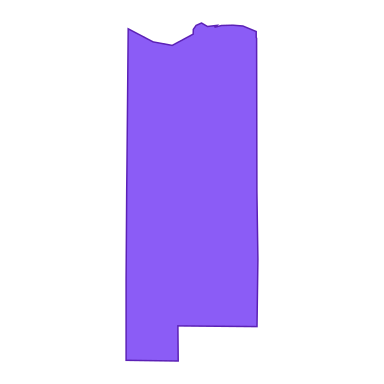 the district of Gasconade, Missouri, United States of America
{"feature_id": "52423323B71639417282094", "entity_name": "Gasconade", "entity_type": "district", "adm_level": 2, "iso_a3": "USA", "parent_name": "United States of America", "parent_adm1": "Missouri", "projection": "mercator", "projection_center": [-91.491, 38.433], "detail": "fine", "context": "isolated", "style": "filled", "palette": "violet", "viewbox_px": 384, "rotation_deg": 0, "n_neighbors": 0, "source": "geoboundaries", "source_scale": "gbopen_adm2", "svg_char_len": 440}
<svg xmlns="http://www.w3.org/2000/svg" viewBox="0 0 384 384"><path d="M257.0,326.6L257.9,259.1L256.9,191.3L256.6,38.3L256.2,37.4L256.2,31.5L242.9,26.0L232.9,25.2L221.5,25.5L214.5,27.3L216.8,25.4L207.5,26.5L201.5,23.0L196.1,25.4L193.3,29.4L193.2,34.1L172.2,45.4L153.1,41.9L128.2,28.8L126.9,172.8L126.7,189.5L126.1,279.3L126.1,360.3L132.8,360.4L178.2,361.0L177.9,325.9L257.0,326.6Z" fill="#8b5cf6" stroke="#5b21b6" stroke-width="1.5"/></svg>